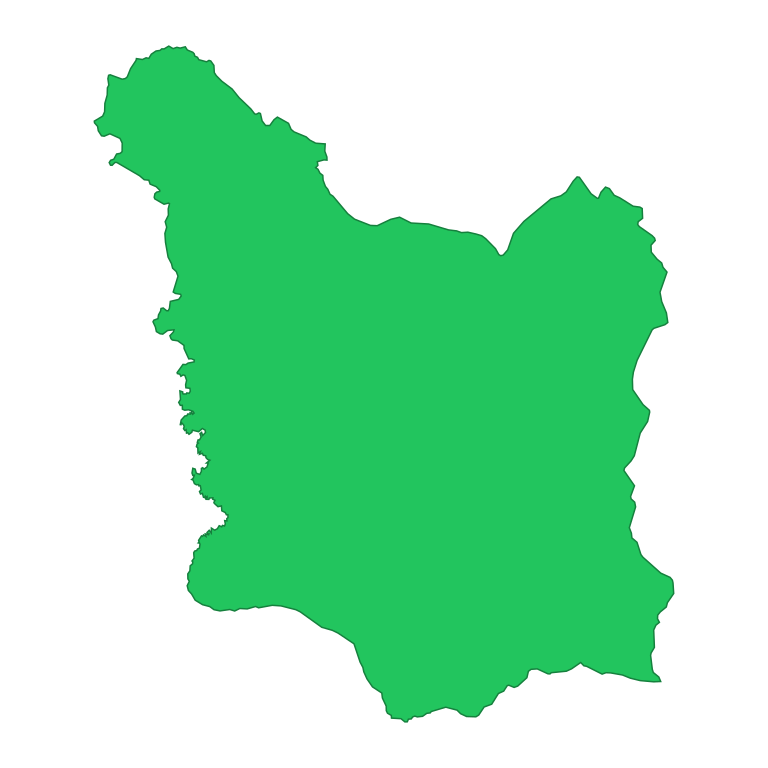 outline of Phu Ruea, Loei, Thailand
{"feature_id": "78962969B51593367753685", "entity_name": "Phu Ruea", "entity_type": "district", "adm_level": 2, "iso_a3": "THA", "parent_name": "Thailand", "parent_adm1": "Loei", "projection": "natural_earth1", "projection_center": [101.314, 17.413], "detail": "fine", "context": "isolated", "style": "filled", "palette": "green", "viewbox_px": 768, "rotation_deg": 0, "n_neighbors": 0, "source": "geoboundaries", "source_scale": "gbopen_adm2", "svg_char_len": 6088}
<svg xmlns="http://www.w3.org/2000/svg" viewBox="0 0 768 768"><path d="M551.3,672.7L566.4,671.2L571.6,668.8L580.7,662.5L583.9,665.8L586.6,666.3L602.1,674.1L606.0,672.7L610.6,672.9L622.5,675.0L630.4,678.2L640.2,680.6L653.6,681.8L660.7,681.5L658.8,677.0L653.3,672.5L652.3,669.3L650.6,655.4L651.1,653.0L654.4,647.4L653.7,630.0L655.9,625.2L659.4,622.3L657.5,618.8L657.7,615.1L660.3,611.9L666.3,607.0L667.4,602.7L673.7,593.5L673.0,582.9L672.4,580.2L670.1,577.4L660.7,573.1L642.9,557.2L640.9,554.5L637.0,542.3L631.9,537.9L631.4,533.2L629.3,527.7L635.6,506.9L634.7,502.2L631.1,498.9L630.6,496.4L634.5,485.8L623.9,470.5L624.6,467.9L631.0,461.0L634.3,455.8L640.2,433.1L647.6,421.5L649.7,412.1L649.4,410.3L643.0,404.6L632.7,389.6L632.4,379.3L633.4,372.1L637.1,360.3L652.1,329.9L653.9,328.3L664.9,324.7L667.8,322.5L666.4,312.9L661.7,301.6L660.0,292.2L667.0,272.1L663.0,267.3L661.7,263.0L657.1,259.2L651.3,252.2L651.0,245.2L655.2,240.5L654.6,238.2L652.1,235.6L639.3,226.6L637.7,224.5L638.2,221.7L642.6,218.3L642.2,208.5L639.9,207.1L633.1,206.2L619.7,197.8L614.2,195.3L609.4,188.6L605.5,187.1L601.0,192.2L598.5,198.2L597.3,198.3L591.1,193.8L579.4,177.3L577.1,176.9L573.2,181.2L566.3,191.9L560.9,195.8L551.0,198.9L523.9,221.4L513.5,233.3L507.7,249.9L503.2,255.1L500.7,255.7L498.8,254.6L495.5,248.7L485.7,238.7L481.7,235.7L475.9,234.0L467.9,232.2L461.4,232.6L456.7,230.9L448.5,229.9L428.7,224.0L411.1,223.0L399.6,217.2L390.8,219.3L377.2,225.7L370.4,225.4L354.6,219.2L347.7,213.7L333.0,196.2L330.0,194.2L327.8,189.3L325.4,186.4L323.1,180.2L322.8,175.4L319.9,173.1L318.0,169.3L315.6,167.7L317.9,165.4L317.3,161.7L323.9,159.9L327.0,160.1L326.9,157.0L324.8,151.2L325.2,143.9L315.7,143.2L309.8,140.1L306.2,136.9L294.1,131.9L291.1,129.4L288.5,123.3L277.4,117.1L274.1,119.6L269.8,125.5L265.6,125.5L262.1,120.9L260.4,113.5L258.9,112.9L256.1,114.3L254.6,113.8L250.9,109.0L239.1,97.7L232.1,89.0L221.9,81.3L216.3,75.7L214.3,72.6L213.9,65.4L210.8,61.0L209.0,60.4L206.6,61.8L198.8,59.7L197.5,57.3L194.8,56.1L194.2,53.8L192.8,52.3L187.3,50.0L185.3,46.8L180.1,48.1L176.9,47.3L173.1,48.6L168.8,46.1L164.1,48.9L161.7,48.9L160.1,50.4L156.0,51.0L151.3,54.2L148.8,58.4L146.1,57.8L142.5,59.5L136.4,58.6L136.1,60.3L130.6,68.6L127.3,76.8L125.4,78.5L122.2,79.2L110.2,74.8L108.6,75.3L107.9,78.7L108.8,85.1L107.4,87.8L107.2,95.0L104.9,103.3L104.6,111.8L102.7,116.1L94.3,121.1L94.5,122.8L97.6,126.4L98.3,130.8L101.5,135.8L104.2,136.2L109.9,133.8L120.0,138.4L122.2,143.0L122.1,151.6L120.3,153.3L116.6,154.0L113.8,159.2L110.6,160.3L109.2,162.6L110.5,165.2L112.1,165.3L115.0,162.4L116.9,162.5L139.5,175.7L144.2,179.7L148.8,180.2L150.1,184.1L156.3,186.7L159.8,190.3L159.7,191.4L156.7,192.1L154.9,193.8L154.2,197.3L154.8,198.9L164.0,204.2L168.6,203.1L169.5,203.7L168.2,208.9L168.4,215.2L165.2,221.7L166.7,227.2L164.9,233.4L165.5,242.3L168.1,257.1L171.5,263.7L172.6,268.2L176.3,271.6L178.0,276.2L173.2,292.0L175.3,293.4L180.6,294.3L181.2,296.0L178.7,299.4L170.3,301.4L169.4,308.5L168.1,310.8L166.6,310.7L163.2,308.0L161.0,308.5L160.6,311.0L158.5,314.9L158.0,318.6L153.8,320.2L153.0,321.8L155.4,327.0L156.4,331.6L160.1,333.8L162.8,334.1L167.6,330.5L174.0,329.8L173.4,332.0L169.9,335.7L171.0,338.7L172.3,340.0L177.7,340.8L184.0,345.4L184.1,348.6L188.8,358.9L191.3,358.7L194.3,360.0L194.1,361.9L188.0,363.1L185.9,364.6L183.0,364.4L177.1,372.6L177.4,373.6L179.9,374.2L180.9,376.3L183.1,374.9L184.9,375.5L186.6,380.3L185.6,384.8L185.9,387.8L189.9,388.3L190.3,391.2L189.1,393.3L186.8,392.9L186.4,393.9L183.5,394.0L182.8,393.7L182.7,391.9L179.9,390.9L180.5,399.5L178.7,402.4L180.3,405.4L182.3,405.3L182.4,409.2L184.7,410.2L188.6,409.8L193.0,411.3L194.1,413.1L192.7,414.3L191.5,411.8L191.1,413.4L190.1,412.9L190.2,414.1L187.7,414.0L186.9,415.7L184.8,416.0L181.2,420.0L180.3,424.6L181.0,424.7L181.4,422.6L183.6,424.9L184.2,426.6L183.5,428.7L184.8,430.5L186.1,429.7L186.5,433.1L187.7,432.7L189.0,434.3L191.8,432.3L192.4,430.2L198.6,431.7L202.4,428.5L205.1,430.1L205.5,432.5L202.7,435.5L201.6,432.4L200.0,433.6L201.1,437.1L199.5,439.9L198.1,439.9L197.3,442.4L198.3,443.1L197.1,444.0L196.4,446.7L197.8,447.8L198.0,453.1L200.4,451.6L199.5,454.3L202.4,453.3L203.3,455.3L205.7,455.7L206.0,457.7L207.7,459.5L209.9,460.2L206.5,463.0L208.2,463.1L207.0,466.9L204.0,469.1L202.7,467.7L201.4,468.4L201.4,471.3L199.8,474.4L196.3,473.2L195.2,469.1L192.8,468.3L192.0,473.0L192.8,475.4L194.4,475.2L193.1,478.4L191.7,479.5L193.1,480.1L194.4,483.6L196.4,484.8L198.6,484.6L198.9,485.9L200.3,485.7L201.1,489.9L199.5,491.5L200.5,494.0L202.4,493.4L203.5,497.3L204.8,497.4L205.3,496.2L206.0,497.2L207.1,496.5L207.2,497.6L205.4,498.3L206.0,499.3L208.9,499.4L209.4,498.0L212.9,497.8L212.7,499.2L215.0,500.3L213.9,502.4L214.3,503.4L218.0,506.7L221.4,505.9L221.8,510.8L225.2,512.5L226.4,514.8L227.9,514.7L228.0,517.6L226.8,518.6L226.9,520.9L224.7,520.6L225.3,524.0L224.5,526.0L222.5,525.4L221.7,526.8L219.2,525.7L217.4,528.7L214.7,530.2L211.4,528.1L211.3,533.1L209.2,530.3L207.0,532.5L207.6,533.9L208.9,533.8L208.6,534.8L205.3,533.9L205.9,536.4L203.5,534.9L202.6,536.3L201.5,535.9L198.6,540.3L199.1,542.2L198.3,542.9L199.6,543.2L200.0,544.3L199.4,548.2L197.5,549.0L196.7,550.5L194.6,551.1L193.7,552.8L194.1,558.2L192.0,561.0L192.8,561.9L192.5,563.9L190.2,565.8L189.9,570.8L187.8,573.9L187.9,578.9L189.3,581.3L187.2,585.7L188.4,590.5L191.6,594.0L195.2,600.2L202.6,604.7L209.8,606.6L214.0,609.7L220.0,610.9L229.8,609.5L234.7,611.0L239.8,608.5L247.2,608.9L255.6,606.5L258.6,607.8L272.2,605.3L281.0,605.9L295.9,609.7L300.2,611.8L321.8,627.3L332.3,630.3L337.9,633.0L354.0,643.8L360.1,662.1L362.9,667.4L363.8,671.8L367.0,678.9L372.5,686.9L381.8,693.0L382.4,698.0L386.2,706.1L386.3,710.7L387.5,713.2L391.3,715.4L391.5,718.1L401.0,718.7L404.9,721.9L407.3,721.8L408.4,719.2L411.3,718.9L412.6,717.0L414.8,716.1L417.3,716.9L422.6,716.3L426.8,713.3L430.2,712.9L431.3,711.5L445.7,707.2L457.0,710.1L460.6,713.7L466.6,716.5L475.9,716.8L478.7,715.1L484.1,707.0L491.7,704.2L498.4,693.5L503.7,691.1L507.2,685.7L508.8,685.2L514.1,687.4L517.7,686.1L526.9,677.7L528.4,671.3L531.1,669.3L537.3,668.9L547.9,673.8L550.0,673.9L551.3,672.7Z" fill="#22c55e" stroke="#15803d" stroke-width="1.5"/></svg>